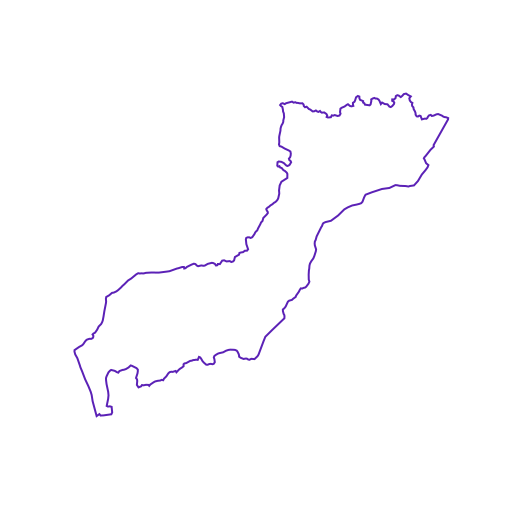 Hamisi, Western, Kenya, rotated 14°
{"feature_id": "3690345B54311955774666", "entity_name": "Hamisi", "entity_type": "district", "adm_level": 2, "iso_a3": "KEN", "parent_name": "Kenya", "parent_adm1": "Western", "projection": "natural_earth1", "projection_center": [34.822, 0.093], "detail": "fine", "context": "isolated", "style": "outline", "palette": "violet", "viewbox_px": 512, "rotation_deg": 14, "n_neighbors": 0, "source": "geoboundaries", "source_scale": "gbopen_adm2", "svg_char_len": 6064}
<svg xmlns="http://www.w3.org/2000/svg" viewBox="0 0 512 512"><g transform="rotate(14 256 256)"><path d="M384.4,151.9L387.1,151.7L388.3,150.9L392.2,149.3L395.0,144.1L397.2,136.8L399.6,131.9L401.0,128.5L401.3,126.1L398.6,124.8L396.2,121.6L395.2,120.6L395.6,119.3L396.4,117.9L399.7,110.6L402.1,106.8L401.5,105.4L409.3,77.0L409.1,75.7L406.8,75.4L405.2,75.6L403.9,75.4L402.4,74.8L398.4,74.2L396.8,74.9L394.4,76.8L392.7,77.6L391.4,76.8L389.8,77.8L389.1,79.4L388.8,80.8L388.0,81.7L386.7,81.8L383.9,83.3L381.8,80.3L380.5,80.3L379.4,81.5L378.1,81.6L376.7,80.3L376.2,78.7L375.3,77.3L373.4,75.3L372.8,73.7L371.4,72.8L370.7,71.5L370.7,69.6L369.2,69.2L367.6,67.9L366.6,65.9L367.6,63.7L365.0,63.1L362.3,62.1L360.2,63.2L359.2,65.2L358.0,66.8L355.7,65.8L354.2,65.8L353.0,67.0L353.2,69.0L352.2,70.6L350.3,71.1L350.6,72.5L352.2,72.9L353.1,73.8L353.1,75.2L351.9,77.6L350.7,78.9L349.3,78.8L346.9,77.0L344.1,77.4L341.2,76.6L340.4,78.4L338.2,75.5L337.0,74.5L335.3,74.0L333.8,74.3L332.6,74.0L331.2,74.9L329.9,76.2L330.4,77.6L330.5,81.2L329.8,82.3L325.1,82.8L324.2,81.6L322.8,81.2L322.5,79.8L319.2,79.3L318.2,78.0L317.7,76.3L316.1,76.1L314.7,77.8L314.5,81.3L314.2,82.6L313.0,83.9L313.4,85.5L314.1,86.8L312.4,87.7L310.9,87.7L308.5,86.5L307.5,87.4L305.8,89.5L303.2,91.5L302.3,92.6L302.7,96.0L303.6,97.5L303.0,99.5L301.4,100.4L298.3,100.2L297.0,101.1L295.5,101.2L295.1,103.2L293.8,103.7L292.3,104.2L290.9,104.0L291.1,102.4L290.0,101.2L287.5,100.2L285.1,101.0L284.0,100.6L283.0,99.8L281.7,101.1L280.5,101.0L278.9,100.3L277.5,101.5L276.0,102.0L273.3,100.8L271.8,100.6L269.0,98.9L267.6,99.8L266.1,98.9L265.5,97.5L264.1,96.6L261.5,97.3L259.7,97.3L258.3,97.6L256.9,97.3L255.4,98.1L253.6,97.5L248.2,100.5L247.1,101.7L245.0,101.3L243.6,102.1L242.9,103.7L243.9,104.4L245.5,105.0L246.8,107.7L247.3,109.2L248.5,110.9L249.7,114.5L249.7,117.9L250.0,119.2L249.8,121.0L249.2,122.9L249.0,124.6L249.0,126.5L249.4,128.5L249.6,134.2L249.8,135.5L251.1,140.1L251.3,142.2L252.4,143.7L254.2,143.7L257.8,144.8L262.4,145.7L264.1,146.3L265.0,148.2L265.3,150.2L265.2,151.9L264.4,153.6L265.2,154.9L266.5,155.4L267.4,156.5L266.6,159.3L265.8,160.3L264.6,161.1L263.4,160.8L260.5,159.1L257.9,158.5L255.2,158.8L254.2,159.8L254.8,163.2L255.9,163.9L257.0,163.2L258.0,164.3L259.6,164.4L261.9,166.1L263.3,166.4L265.7,167.7L266.6,168.8L267.5,172.7L262.7,177.8L261.9,181.8L262.5,186.9L263.0,188.3L263.5,190.0L263.6,194.6L263.3,196.1L262.5,197.8L261.7,199.0L260.6,200.0L259.4,201.8L257.8,203.4L256.7,205.1L255.4,206.4L254.6,208.0L255.5,209.3L256.6,210.2L257.1,211.4L256.4,213.1L253.9,217.3L253.8,220.5L252.8,222.2L252.5,224.1L251.3,228.8L251.0,230.9L250.0,232.3L249.5,233.5L249.2,235.1L247.8,238.7L246.4,239.8L244.9,239.5L243.4,239.9L242.2,240.8L242.1,242.2L243.8,246.9L246.7,251.4L246.0,253.0L243.9,253.6L242.5,255.4L240.8,256.1L239.2,257.0L239.2,258.8L235.8,262.1L235.8,265.6L235.0,266.9L233.5,267.8L231.8,267.3L228.7,268.4L226.1,267.9L224.3,268.7L222.9,272.6L220.9,273.0L220.7,274.3L219.5,274.9L218.0,273.6L216.1,273.2L214.8,273.3L211.1,275.3L208.6,277.7L207.4,278.2L205.2,278.4L202.3,279.9L200.9,279.6L199.2,278.5L197.6,278.5L195.6,279.9L191.6,283.3L190.5,284.9L189.4,285.5L188.7,284.1L186.9,284.6L183.7,286.6L182.3,287.3L175.7,291.7L173.5,292.6L165.8,295.6L158.3,297.4L153.2,299.0L151.2,300.1L148.8,300.6L147.5,301.1L145.9,301.2L144.3,302.7L140.3,308.1L137.8,310.7L135.0,315.4L133.6,317.4L132.7,319.1L130.5,322.4L129.1,324.1L126.9,325.9L125.2,326.6L123.1,329.6L120.6,332.0L120.7,333.8L121.6,336.5L121.8,338.1L122.2,346.1L122.7,351.8L122.9,355.7L122.7,357.5L122.2,359.5L120.4,362.5L119.7,365.9L118.4,369.3L117.0,370.6L116.4,371.7L117.4,372.6L117.7,373.8L117.4,375.2L116.1,376.3L114.5,376.6L113.3,377.3L111.9,378.3L110.9,380.1L109.7,383.4L108.9,384.7L106.5,386.9L102.7,391.2L103.0,392.7L104.4,395.2L107.4,398.4L111.7,405.0L112.5,406.4L115.2,410.0L120.0,416.9L124.9,422.9L128.5,427.8L130.2,430.7L132.6,436.4L140.1,449.9L142.3,447.3L143.8,448.4L146.7,447.5L153.9,444.6L154.3,442.6L152.4,437.3L150.6,437.2L148.8,437.9L147.4,437.6L147.1,430.5L146.6,426.9L145.4,423.5L142.0,416.5L140.6,412.9L140.0,410.8L140.1,409.0L140.7,406.1L141.0,404.6L142.1,402.6L143.0,401.6L146.3,401.6L147.6,401.8L148.7,402.3L150.6,402.5L151.3,400.7L154.1,398.8L155.2,398.4L157.1,397.2L159.3,395.0L160.9,392.5L162.3,392.6L167.2,393.7L168.8,394.8L169.2,396.4L169.4,398.5L169.1,403.4L170.4,404.5L171.0,406.0L171.6,409.9L173.8,411.9L176.1,410.2L176.6,408.8L178.1,408.7L180.4,407.6L182.9,407.1L183.8,407.8L184.5,406.3L187.2,403.3L188.5,402.1L190.8,400.9L193.2,400.0L194.4,399.0L196.0,399.0L196.4,397.3L198.1,394.5L199.3,391.1L200.3,389.6L201.8,388.8L203.2,388.6L205.8,387.0L206.9,388.1L208.8,384.8L209.7,383.6L211.0,382.3L212.4,380.5L211.9,378.6L212.5,377.6L214.2,376.8L217.5,373.7L219.0,373.1L220.2,372.2L221.7,371.7L222.9,371.1L224.6,370.9L225.1,367.7L226.4,367.9L227.9,369.2L229.5,370.9L231.1,372.0L234.0,373.5L235.4,373.2L236.7,372.2L238.1,371.6L240.1,371.5L241.1,370.8L241.7,369.0L240.6,366.2L239.6,364.6L239.8,363.1L240.8,361.8L242.6,360.0L243.8,359.2L247.4,357.4L249.9,355.1L252.0,353.8L253.7,353.1L257.0,352.4L258.4,352.2L260.2,352.5L261.3,353.4L262.9,355.3L263.6,356.5L264.0,357.8L265.9,358.5L268.9,358.9L270.3,358.2L271.9,357.8L273.4,358.3L274.7,358.3L276.3,356.9L279.5,356.4L281.7,352.9L282.3,351.1L283.9,337.1L284.6,332.1L289.7,323.7L298.6,309.6L298.3,307.9L297.8,306.5L296.9,305.6L295.5,303.1L295.0,301.4L296.1,299.9L297.0,297.9L298.0,292.6L299.0,291.3L301.5,289.9L302.3,288.6L304.4,286.1L304.5,284.7L306.2,280.4L306.7,278.2L307.3,276.6L308.7,276.4L309.9,275.4L311.2,274.8L312.1,273.7L313.6,270.2L314.0,268.0L312.9,266.1L311.6,261.3L310.8,257.0L310.7,255.3L310.2,252.4L310.2,250.3L310.9,247.7L312.2,244.5L312.6,241.9L312.9,237.0L312.7,235.0L310.5,231.4L309.9,229.7L309.6,227.7L310.0,226.1L310.1,222.3L312.3,212.3L312.8,210.9L313.0,208.9L313.4,207.8L315.2,206.3L320.2,203.7L325.9,196.8L330.4,189.4L333.3,186.6L337.1,183.7L341.1,181.8L343.7,180.4L345.3,179.3L346.2,177.6L346.7,173.2L347.1,171.3L347.5,170.0L353.1,166.1L362.0,160.5L369.0,157.7L374.1,153.5L375.8,153.2L378.6,153.1L384.4,151.9Z" fill="none" stroke="#5b21b6" stroke-width="2"/></g></svg>